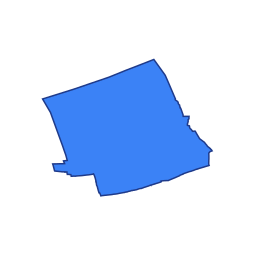 outline of Wassenaar, Zuid-Holland, Netherlands, rotated 27°
{"feature_id": "6326949B22720644545948", "entity_name": "Wassenaar", "entity_type": "district", "adm_level": 2, "iso_a3": "NLD", "parent_name": "Netherlands", "parent_adm1": "Zuid-Holland", "projection": "natural_earth1", "projection_center": [4.386, 52.144], "detail": "fine", "context": "isolated", "style": "filled", "palette": "blue", "viewbox_px": 256, "rotation_deg": 27, "n_neighbors": 0, "source": "geoboundaries", "source_scale": "gbopen_adm2", "svg_char_len": 4840}
<svg xmlns="http://www.w3.org/2000/svg" viewBox="0 0 256 256"><g transform="rotate(27 128 128)"><path d="M134.6,200.8L134.9,200.6L135.2,200.3L136.4,199.5L137.5,198.8L137.8,198.5L138.0,198.4L138.4,198.2L139.3,197.6L142.2,195.7L143.0,195.2L144.2,194.4L144.4,194.2L144.5,194.1L145.0,193.7L146.4,192.8L146.9,192.5L148.3,191.5L149.4,190.6L150.0,190.1L150.4,189.8L150.8,189.5L151.2,189.2L151.5,189.0L151.7,188.8L152.1,188.5L152.7,188.1L152.9,187.9L153.5,187.5L153.7,187.3L153.9,187.2L154.0,187.2L154.4,186.8L154.5,186.6L155.0,186.2L155.6,185.8L155.9,185.5L156.1,185.5L156.3,185.3L156.4,185.2L157.1,184.4L157.3,184.2L157.5,184.0L157.8,183.8L158.2,183.5L158.6,183.2L158.9,182.8L159.5,182.1L159.8,182.1L160.0,182.0L160.8,181.2L161.1,181.0L161.5,180.8L161.9,180.4L162.2,180.3L162.3,180.2L162.7,179.8L162.8,179.7L163.1,179.5L163.4,179.3L163.8,178.9L164.0,178.7L164.6,178.1L164.8,177.8L165.6,177.0L166.1,176.6L166.4,176.4L166.6,176.2L167.0,176.0L167.4,175.8L167.7,175.4L167.9,175.1L168.2,174.9L168.5,174.6L168.8,174.2L169.1,173.8L169.4,173.5L170.1,172.9L170.5,172.4L170.9,172.1L171.1,171.8L172.1,170.9L172.4,170.6L172.8,170.1L173.0,169.9L173.2,169.7L173.3,169.5L173.4,169.4L173.5,169.3L174.3,168.4L174.5,168.5L174.5,168.4L175.0,167.9L176.2,166.7L177.2,165.8L177.1,165.7L178.0,164.9L179.6,163.4L180.8,162.2L182.0,160.9L182.0,160.7L181.8,160.4L181.6,160.2L182.9,159.3L184.2,158.5L184.7,158.2L185.8,157.6L186.1,157.4L186.5,157.2L186.8,157.0L187.0,156.9L187.6,156.7L188.3,155.8L189.4,154.5L191.2,152.4L193.0,150.3L193.2,150.0L193.6,149.5L194.2,148.8L194.7,148.2L195.7,147.0L195.7,146.9L195.7,146.6L196.5,145.7L198.1,144.0L198.1,143.9L198.0,143.7L200.3,141.3L200.5,141.1L202.5,139.0L203.7,138.0L204.3,137.4L205.0,136.6L205.6,136.1L206.0,135.6L207.1,134.3L207.3,134.1L208.6,133.0L208.5,132.9L210.3,131.2L213.7,128.0L213.7,127.9L214.2,127.5L214.8,126.9L216.2,125.6L217.1,124.8L217.3,124.5L216.6,123.9L216.5,123.7L216.2,123.3L215.9,122.7L215.2,121.2L214.4,119.6L214.3,119.2L213.9,118.4L212.4,115.5L211.4,113.8L211.6,112.6L211.9,111.7L213.3,110.2L212.9,110.0L212.4,109.6L212.2,109.5L211.5,109.4L211.3,109.3L210.8,109.0L210.3,109.0L210.2,108.9L209.7,108.7L209.4,108.7L208.5,108.5L207.8,108.4L206.8,108.1L206.7,108.0L206.5,107.9L206.1,107.6L205.8,107.5L204.3,106.9L203.7,106.6L202.9,106.2L202.7,106.1L202.4,106.0L201.0,105.8L197.6,105.2L197.0,105.1L196.7,105.0L196.5,104.9L196.3,104.8L192.8,102.6L192.3,102.3L189.3,100.3L189.0,100.4L188.9,100.5L188.7,100.6L188.2,100.9L188.0,101.1L187.7,101.2L187.6,101.3L187.4,101.5L187.2,101.6L186.9,101.6L186.8,101.4L186.7,101.4L186.4,101.3L186.3,101.2L186.0,101.1L185.6,100.9L185.1,100.6L184.9,100.5L184.7,100.5L183.8,100.4L183.7,100.3L183.2,100.0L182.8,99.7L182.7,99.6L182.6,99.4L182.5,99.2L182.4,99.1L182.2,98.8L182.0,98.6L181.8,98.4L181.7,98.2L181.4,98.2L180.7,98.5L180.4,98.6L180.1,98.6L179.8,98.6L179.7,98.6L179.6,98.3L179.5,98.0L179.3,97.8L179.1,97.6L179.1,97.2L179.0,96.8L179.0,96.7L178.9,96.3L178.9,95.9L178.7,95.5L178.6,95.0L178.6,94.9L178.6,94.7L177.9,93.6L177.8,93.4L177.8,93.2L178.0,92.8L178.1,92.5L178.1,92.4L178.1,92.2L177.9,91.6L177.6,91.1L177.4,90.7L177.2,90.3L177.2,90.2L177.1,89.9L175.4,90.8L171.9,92.6L171.7,92.3L171.2,91.5L171.1,91.3L166.6,87.0L165.3,86.0L165.2,86.2L164.1,85.0L163.6,84.3L163.6,84.2L163.3,84.1L163.2,84.1L162.9,84.0L162.5,83.8L162.2,83.7L161.8,83.5L161.7,83.4L161.5,83.0L161.1,82.6L161.0,82.4L160.6,82.1L160.2,81.9L159.9,81.9L159.6,81.8L159.3,81.7L159.1,81.7L158.4,81.6L157.6,81.5L157.3,81.4L157.2,81.2L157.0,80.9L156.9,80.7L156.9,80.4L156.6,80.2L143.4,69.2L137.3,64.2L136.4,63.7L119.9,55.2L111.9,64.2L99.8,77.7L88.1,91.2L74.9,104.8L61.8,118.3L38.7,140.9L51.8,149.3L53.1,150.5L65.8,162.4L77.7,173.5L80.5,176.2L81.0,176.7L84.9,180.4L88.6,184.5L88.0,184.9L86.6,185.8L86.4,186.0L86.2,186.1L85.9,186.3L85.5,186.5L85.4,186.6L87.7,188.5L87.4,188.7L85.6,189.7L84.6,190.2L79.9,192.8L77.2,194.2L78.2,195.2L79.6,196.8L80.7,198.0L81.9,199.4L82.1,199.6L82.4,199.5L82.6,199.4L83.1,199.3L83.3,199.2L85.1,198.5L87.5,197.6L88.2,197.3L88.9,197.1L91.3,195.9L91.7,195.7L91.8,196.0L92.0,195.9L92.6,195.5L92.9,195.3L93.2,195.1L93.5,194.9L93.9,195.5L94.5,196.3L95.0,196.9L96.1,196.3L96.6,196.1L96.9,196.0L97.1,196.0L97.4,195.9L97.6,195.8L98.2,195.5L98.6,195.9L99.3,196.8L100.7,196.0L101.1,195.7L103.0,194.8L104.1,194.0L104.3,193.9L105.9,192.9L108.3,191.5L112.6,188.6L114.2,187.6L116.2,186.2L117.5,185.2L118.1,184.5L118.3,184.6L118.5,184.8L118.9,185.1L119.9,185.9L120.0,186.0L121.0,187.0L121.3,187.3L121.6,187.6L123.5,189.8L123.6,190.0L123.7,190.4L123.9,190.3L124.1,190.5L124.4,190.9L124.6,191.1L124.8,191.4L124.9,191.7L125.1,192.0L125.5,192.5L125.8,193.0L126.0,193.2L126.5,193.6L126.9,193.9L127.3,194.2L128.2,195.3L129.6,196.8L129.8,197.1L130.0,197.3L130.8,198.1L131.1,198.4L131.6,198.9L132.0,198.6L132.5,199.0L133.6,199.8L134.2,200.4L134.6,200.8Z" fill="#3b82f6" stroke="#1e3a8a" stroke-width="1.5"/></g></svg>